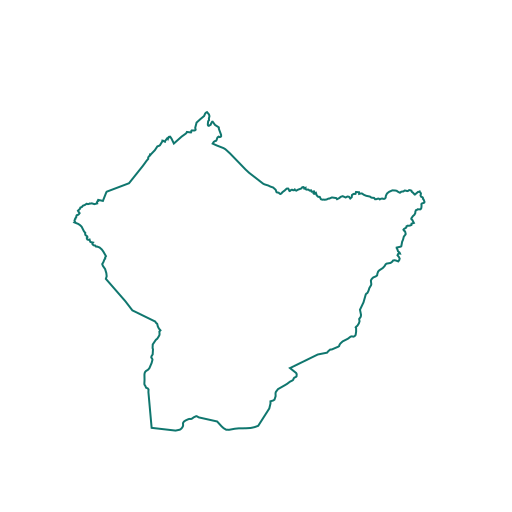 outline of Nuevo Parangaricutiro, Michoacán, Mexico, rotated 241°
{"feature_id": "50627088B13133644207596", "entity_name": "Nuevo Parangaricutiro", "entity_type": "district", "adm_level": 2, "iso_a3": "MEX", "parent_name": "Mexico", "parent_adm1": "Michoacán", "projection": "albers", "projection_center": [-102.175, 19.394], "detail": "fine", "context": "isolated", "style": "outline", "palette": "teal", "viewbox_px": 512, "rotation_deg": 241, "n_neighbors": 0, "source": "geoboundaries", "source_scale": "gbopen_adm2", "svg_char_len": 6157}
<svg xmlns="http://www.w3.org/2000/svg" viewBox="0 0 512 512"><g transform="rotate(241 256 256)"><path d="M321.6,117.3L317.8,117.7L313.6,116.8L310.7,115.6L308.8,113.6L279.8,119.8L268.4,121.5L247.5,136.1L246.2,136.1L244.6,136.7L242.0,136.0L239.6,135.9L237.3,136.4L236.8,134.9L234.3,133.7L233.5,133.0L232.7,131.7L231.5,129.5L231.3,128.0L230.9,127.1L228.7,122.8L225.6,120.9L224.4,120.7L220.0,117.9L219.0,116.0L218.2,115.3L217.7,115.2L216.7,115.4L215.5,115.2L213.0,112.8L209.6,108.4L208.9,106.6L208.7,103.8L208.2,102.6L207.4,101.7L206.3,100.9L201.6,98.4L198.7,96.6L197.6,96.1L195.7,96.2L194.1,96.0L192.7,97.1L191.4,97.3L189.1,95.9L156.3,81.4L142.3,101.0L141.0,105.2L141.2,106.9L141.7,108.2L142.4,109.4L143.3,110.2L145.2,111.1L146.1,112.6L146.3,114.6L146.1,117.4L145.9,118.5L145.0,120.1L144.8,120.9L145.1,123.4L144.9,126.1L144.3,126.7L142.6,127.7L130.1,141.8L123.7,143.3L121.1,144.2L118.5,145.7L117.0,148.3L115.2,153.7L113.7,157.2L110.3,163.5L108.2,167.9L107.6,169.8L107.0,171.9L106.4,175.6L116.2,193.7L119.9,197.1L121.9,198.2L121.3,200.9L121.4,202.5L123.9,205.2L126.6,206.6L127.5,207.5L128.9,210.7L129.0,218.8L129.1,221.3L129.6,224.7L129.5,227.5L129.7,228.5L130.7,229.7L131.0,230.6L130.9,232.5L131.1,233.1L132.9,234.3L134.2,234.4L141.5,231.4L139.9,262.3L137.0,271.3L137.7,273.1L138.2,275.5L137.5,277.0L136.8,283.9L136.9,285.0L138.0,286.2L138.6,287.5L139.3,290.4L139.1,296.3L139.6,299.6L139.3,300.8L138.2,302.1L138.1,303.1L138.3,304.1L138.7,304.9L141.3,306.9L144.4,308.6L145.3,308.6L145.7,309.7L145.8,310.7L147.2,313.3L148.7,314.9L150.9,315.7L152.0,318.0L152.5,318.5L153.6,319.3L158.6,320.9L163.3,327.5L169.2,333.4L169.6,334.3L169.6,335.3L169.9,335.9L171.2,337.7L173.0,339.6L174.7,342.5L175.5,343.2L178.7,344.5L179.3,345.2L179.9,346.3L180.4,348.2L180.1,350.8L180.3,352.5L181.7,353.6L183.2,355.3L183.7,356.9L184.0,361.0L184.8,363.5L185.9,365.4L186.0,366.6L184.7,370.3L185.0,372.5L185.6,373.6L185.2,375.0L184.2,376.2L182.3,377.8L183.0,379.3L184.1,380.4L185.8,380.5L188.0,380.1L188.9,381.3L189.0,382.0L188.3,383.1L189.4,383.2L191.3,382.5L193.4,382.9L194.9,382.9L195.2,383.1L194.0,387.2L194.2,387.9L197.6,390.7L199.0,392.5L201.3,394.7L202.3,397.1L202.7,397.6L204.8,398.2L205.6,398.2L206.5,397.7L207.5,397.7L207.9,398.6L208.0,401.0L208.2,401.4L209.0,402.0L209.0,402.6L209.0,403.3L208.3,404.5L207.9,405.8L207.8,407.0L208.9,407.7L208.4,410.1L211.8,410.2L212.6,409.8L213.1,409.8L213.6,410.1L214.8,412.5L215.3,414.6L216.4,416.2L217.3,416.7L218.5,418.0L218.3,419.5L218.5,420.0L217.1,422.4L217.4,423.3L217.9,423.9L219.6,425.1L221.0,425.7L221.4,426.1L221.5,426.6L221.1,428.7L221.2,429.2L221.7,429.6L224.2,430.0L225.1,429.7L225.5,430.0L226.1,430.2L226.7,430.1L227.7,429.2L229.1,429.2L230.6,430.5L231.7,430.6L232.5,430.3L233.1,430.4L233.1,429.6L233.5,428.8L232.7,424.7L233.2,424.4L233.7,424.5L234.6,424.1L235.3,424.0L236.6,423.4L237.8,423.6L239.1,422.4L239.4,421.6L239.2,420.7L239.4,419.8L240.7,418.5L241.2,417.7L241.0,416.2L241.6,414.9L241.8,413.9L241.5,412.9L241.7,412.4L243.9,411.0L244.8,410.7L245.8,409.5L247.3,407.1L247.6,403.5L247.2,401.1L246.6,400.0L245.4,398.5L244.3,397.8L243.8,396.9L243.8,395.9L244.3,394.9L244.7,394.7L245.1,394.2L245.5,392.9L245.5,391.7L246.5,391.3L247.0,390.7L247.4,388.7L247.9,387.7L249.6,387.4L250.8,385.6L251.5,385.0L252.7,384.5L255.2,381.6L257.1,380.1L259.4,378.9L260.0,377.6L260.3,376.3L261.8,377.0L263.5,374.5L262.1,373.1L263.0,371.4L262.8,369.5L261.0,368.2L260.6,366.3L262.6,366.1L263.1,365.6L263.7,364.8L263.7,362.8L266.3,360.8L266.7,358.6L266.3,357.2L266.4,354.4L267.8,354.2L270.4,350.8L270.7,347.8L271.1,347.2L271.2,345.2L271.9,343.3L272.4,342.8L273.1,341.3L274.2,340.3L276.8,340.4L277.6,339.1L278.8,338.7L279.7,338.5L282.1,339.0L281.9,337.5L282.4,336.8L283.2,336.7L283.5,337.0L283.4,338.0L284.4,338.1L285.3,335.8L286.1,335.7L286.8,335.9L287.2,334.6L288.7,334.0L289.6,332.3L290.1,332.0L290.7,331.9L291.5,332.3L291.4,331.0L291.6,330.8L292.6,331.2L293.3,330.9L293.7,329.8L293.1,328.5L293.7,324.4L293.6,323.0L294.6,322.1L295.4,322.1L295.2,321.1L295.4,320.5L295.8,320.1L296.3,319.9L296.6,319.4L296.7,318.5L296.4,317.6L296.6,316.8L299.3,316.9L300.0,315.8L299.9,314.8L299.4,313.0L299.0,310.0L298.4,308.6L298.4,307.4L298.9,307.0L300.4,306.5L301.5,305.1L302.0,304.9L304.4,305.3L307.6,304.2L309.8,302.2L311.7,300.9L314.6,298.1L315.8,297.3L332.1,290.3L336.7,288.8L358.3,283.0L364.2,281.0L366.1,279.9L371.9,275.1L375.3,272.6L376.3,274.4L376.4,275.9L376.1,276.8L376.3,277.4L378.3,279.7L378.5,280.6L378.5,281.3L377.8,281.6L377.5,282.2L377.4,283.0L377.7,283.6L378.9,284.2L385.4,285.2L385.9,285.6L386.6,285.8L390.5,283.7L394.5,283.2L394.7,282.7L393.5,280.7L392.8,280.1L392.7,277.9L393.0,277.5L393.8,277.4L394.7,277.8L397.1,279.5L397.6,280.8L399.0,281.4L400.9,283.1L402.6,283.5L405.6,282.9L405.6,281.5L405.1,280.4L403.6,278.5L402.7,273.7L401.5,268.7L397.6,265.0L395.7,264.4L395.5,263.6L395.7,262.8L397.0,260.6L396.7,260.0L395.9,259.5L395.6,259.0L398.0,255.7L397.3,254.7L397.1,254.0L396.5,248.9L394.2,238.7L399.6,239.0L401.8,238.8L401.8,238.2L402.4,237.9L402.4,237.3L401.4,236.1L401.9,236.2L402.1,235.6L400.5,232.0L400.1,231.8L400.3,231.5L401.7,230.8L402.3,230.1L401.7,229.7L399.4,225.6L399.4,224.4L399.7,222.9L397.6,218.9L395.9,213.4L396.3,212.6L396.1,212.4L395.3,212.2L395.0,210.4L394.3,209.4L393.2,208.8L392.4,206.6L389.7,200.8L381.2,180.2L384.6,156.8L384.4,156.1L378.4,148.8L381.6,145.2L381.2,144.6L380.6,144.6L380.5,143.5L379.9,142.8L379.0,142.6L379.7,139.8L381.7,137.9L382.0,136.8L382.6,135.9L382.5,135.1L382.9,134.1L383.8,133.2L383.6,131.1L383.9,128.9L383.3,127.6L383.5,125.8L382.7,125.1L381.9,122.2L380.7,122.2L379.7,122.5L379.0,122.5L378.4,121.2L378.3,120.1L378.6,119.0L378.0,118.2L377.1,117.6L376.9,116.8L376.1,116.2L376.1,115.6L374.8,114.3L373.6,114.3L373.4,113.5L370.2,116.1L368.2,117.1L366.2,117.7L360.9,117.5L359.0,117.9L358.3,117.3L357.0,117.0L355.0,117.9L354.2,117.7L353.9,116.8L353.2,116.5L352.2,116.5L351.5,117.1L351.1,118.4L350.2,118.1L348.5,118.0L346.8,119.9L346.5,119.2L346.0,118.8L345.5,118.7L344.5,119.0L343.7,119.5L343.3,120.3L341.7,120.7L341.4,121.5L339.3,123.3L336.5,124.3L334.0,124.6L328.6,124.7L327.8,123.3L326.8,122.8L326.5,121.8L324.6,119.5L323.5,117.6L321.6,117.3Z" fill="none" stroke="#0f766e" stroke-width="2"/></g></svg>